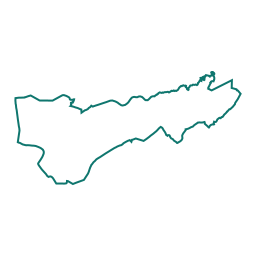 outline of Isidro Fabela, México, Mexico
{"feature_id": "50627088B86808521330602", "entity_name": "Isidro Fabela", "entity_type": "district", "adm_level": 2, "iso_a3": "MEX", "parent_name": "Mexico", "parent_adm1": "México", "projection": "natural_earth1", "projection_center": [-99.413, 19.552], "detail": "fine", "context": "isolated", "style": "outline", "palette": "teal", "viewbox_px": 256, "rotation_deg": 0, "n_neighbors": 0, "source": "geoboundaries", "source_scale": "gbopen_adm2", "svg_char_len": 5706}
<svg xmlns="http://www.w3.org/2000/svg" viewBox="0 0 256 256"><path d="M236.8,89.7L236.5,89.3L231.7,88.0L231.9,80.2L211.6,90.4L208.4,88.8L208.7,88.5L208.3,87.6L209.7,85.0L209.9,84.5L209.9,84.3L210.8,83.0L210.4,82.6L210.8,82.2L211.0,81.9L211.0,81.7L211.3,81.5L211.9,81.2L212.3,81.2L212.6,81.1L212.9,81.1L213.1,81.3L213.4,81.3L213.4,81.1L213.9,80.6L214.0,80.2L214.0,79.7L214.3,79.2L214.3,78.7L214.3,77.7L214.2,77.4L214.0,76.6L213.5,75.7L213.5,75.4L213.8,74.7L214.2,74.3L214.3,73.8L214.3,73.5L214.1,73.2L213.9,73.3L213.6,72.8L213.1,72.2L212.8,72.0L211.8,72.0L211.2,72.4L211.3,72.8L211.4,73.0L211.6,73.1L211.7,73.3L211.9,73.4L212.0,73.7L211.9,74.5L211.7,75.0L211.4,75.4L211.5,75.6L210.3,75.7L209.8,76.6L208.8,75.9L208.2,75.6L205.9,75.1L205.4,75.7L205.7,76.0L204.9,77.0L204.8,76.2L203.1,76.9L203.6,77.9L204.6,77.7L204.4,79.9L204.1,80.1L203.4,79.7L202.6,78.8L201.6,77.8L200.7,77.9L200.9,78.4L201.7,79.6L200.8,79.5L201.1,80.9L199.8,80.5L198.7,82.5L198.1,82.8L197.8,84.2L197.5,84.7L196.9,85.1L196.4,84.8L196.1,84.6L195.8,84.5L195.6,84.5L195.1,84.8L194.7,84.9L193.2,84.7L192.9,84.7L192.7,84.9L192.3,85.3L192.0,85.4L191.4,85.4L190.8,85.4L190.4,85.5L190.1,85.8L189.5,87.0L188.6,87.8L188.4,88.5L188.6,89.6L188.4,89.9L188.2,90.0L187.9,89.7L187.3,89.4L187.0,89.1L187.0,88.2L185.7,87.0L185.6,86.6L186.1,86.1L186.1,85.9L185.6,85.6L184.4,85.7L183.7,85.6L183.3,85.3L183.0,85.4L181.9,86.1L181.7,86.1L181.3,85.9L181.0,86.0L180.6,86.5L180.2,86.7L179.2,87.7L178.0,89.8L177.1,90.4L176.9,90.5L176.5,90.9L175.6,90.7L175.2,90.9L174.7,90.7L174.4,91.0L173.7,90.8L173.5,90.6L173.1,90.9L172.5,91.0L172.3,90.9L171.9,91.0L171.5,90.8L170.6,91.4L170.6,91.5L169.2,92.4L168.8,92.4L168.6,92.1L167.9,91.8L165.9,92.2L165.4,92.1L164.5,92.2L163.1,92.8L162.7,92.5L162.1,92.7L161.6,92.9L159.7,92.4L158.7,93.0L158.4,93.4L158.1,93.5L157.9,94.0L157.3,94.3L156.9,94.7L156.5,94.6L156.1,95.1L155.2,95.6L154.6,96.3L154.4,96.3L154.2,96.2L152.2,96.4L151.8,96.6L151.1,96.9L149.3,98.8L147.7,100.2L147.2,100.1L145.9,100.2L145.3,100.0L144.7,99.5L142.9,97.7L142.4,97.3L141.9,96.9L141.6,96.9L141.2,96.7L140.3,96.4L139.9,96.4L138.9,96.5L138.5,96.6L137.6,97.1L137.2,97.2L136.0,97.2L134.4,96.9L133.4,97.0L132.1,97.5L131.6,97.9L130.3,99.5L128.3,102.4L127.1,103.5L125.2,104.9L124.3,105.1L122.7,105.5L122.0,105.4L121.2,105.2L118.4,103.3L117.9,102.8L116.3,101.9L114.7,101.2L113.9,101.0L112.4,100.5L111.0,100.6L110.1,100.7L106.0,102.2L105.0,102.5L97.5,105.0L95.2,105.7L94.5,106.0L93.9,106.1L92.8,106.6L91.3,105.7L90.3,107.0L88.7,108.0L87.8,109.1L86.0,110.0L84.9,110.3L81.5,112.7L81.3,109.5L79.8,109.0L77.6,108.0L75.4,107.4L73.5,106.7L70.6,106.0L71.3,105.4L71.0,104.5L71.2,104.2L71.0,103.9L71.3,103.5L71.1,102.8L71.9,102.7L72.3,102.2L72.8,102.5L73.2,101.9L74.0,99.9L74.1,99.3L73.7,99.3L73.1,99.6L72.3,99.8L71.0,99.8L70.4,99.7L69.9,99.4L69.7,98.5L69.3,97.6L68.7,97.2L67.5,96.5L67.0,96.3L66.6,96.0L65.7,95.7L63.9,95.1L63.1,95.1L62.7,95.2L62.3,95.3L52.6,100.6L39.6,100.5L30.7,95.5L28.5,96.1L25.7,97.1L24.7,97.3L24.6,97.5L23.0,97.6L18.7,97.7L15.5,98.1L15.4,100.9L15.5,101.7L15.6,103.3L15.7,104.1L15.9,104.7L16.2,107.8L16.7,110.2L17.1,113.5L17.4,115.7L17.9,119.6L18.9,126.5L19.3,128.3L19.5,130.6L17.8,142.2L18.6,142.6L19.3,142.7L20.1,143.0L22.6,144.4L25.3,145.1L26.3,145.3L26.6,145.2L28.1,145.2L29.6,145.3L32.0,145.6L33.9,145.7L35.8,146.0L38.4,147.0L40.4,147.9L40.9,148.2L42.9,149.7L43.1,150.2L43.6,151.1L43.7,151.3L43.8,152.8L43.6,153.8L42.6,156.3L42.2,157.1L40.8,159.4L38.5,162.8L38.2,163.4L38.1,163.7L38.2,164.1L38.8,165.3L41.4,168.9L42.3,170.0L46.1,174.2L47.2,175.9L48.5,176.9L49.2,176.6L49.7,176.6L50.2,176.4L50.8,176.5L51.5,176.8L51.9,177.1L52.9,178.1L53.3,178.7L55.4,182.1L55.8,182.8L56.3,183.5L60.9,183.5L64.3,183.6L66.0,183.4L66.3,183.3L66.6,183.0L67.0,181.7L67.0,181.0L67.9,181.1L72.9,184.0L76.2,182.7L83.9,179.9L88.0,173.6L88.8,171.7L89.6,169.2L90.2,167.5L91.3,165.2L91.4,164.8L91.9,164.4L93.5,162.2L95.1,160.8L96.2,159.5L97.9,158.3L98.3,158.2L99.1,157.6L99.9,157.2L105.5,153.5L114.6,147.9L115.6,147.5L117.3,146.5L120.0,145.4L120.8,145.3L121.1,145.2L121.6,144.8L122.2,144.6L123.1,143.7L123.4,143.3L125.8,141.9L127.7,140.9L128.4,140.6L129.1,140.4L129.8,140.1L130.8,141.2L131.4,141.8L132.0,139.8L132.7,139.7L134.0,139.2L135.8,138.5L143.6,140.9L146.4,139.0L149.7,136.5L150.3,135.9L153.3,133.7L154.7,132.5L156.2,131.3L157.4,130.1L159.0,128.3L160.7,126.9L161.6,127.4L162.3,127.9L163.1,129.2L163.6,130.2L164.5,131.4L165.2,132.5L166.0,134.3L166.1,134.8L167.5,135.8L168.1,135.1L169.2,135.2L169.5,135.4L169.8,135.9L170.0,136.6L170.2,136.9L170.5,137.5L171.1,138.3L171.7,138.6L172.7,139.1L173.1,139.4L173.8,140.5L176.4,142.2L176.9,142.9L177.2,143.0L177.9,142.7L178.4,142.3L179.2,141.9L179.7,141.6L180.6,141.0L181.4,140.2L181.7,139.9L182.3,138.7L182.4,138.0L182.2,136.0L182.2,135.6L182.4,135.0L182.9,134.0L183.2,133.4L185.7,130.1L185.6,129.3L187.9,128.8L189.7,128.0L190.6,127.4L192.1,126.8L192.7,126.7L194.3,125.1L196.8,123.4L197.1,123.2L197.8,122.6L198.5,122.6L199.1,122.4L200.4,122.5L202.4,122.5L204.5,122.0L204.8,122.9L204.8,123.8L207.3,126.0L208.1,126.8L208.3,127.1L208.8,127.5L209.0,127.5L209.1,127.3L209.7,126.2L210.0,125.7L210.7,125.1L211.0,124.9L212.5,124.4L213.4,124.4L213.8,124.5L214.1,124.3L213.8,123.5L213.7,123.0L214.1,121.7L214.8,122.0L215.1,122.0L215.8,121.9L216.2,121.6L216.7,120.9L217.1,120.0L217.3,119.5L217.6,119.2L217.8,119.1L218.8,118.2L219.2,118.0L219.8,117.8L220.3,118.2L220.6,118.2L221.6,117.1L221.9,117.0L222.0,117.1L222.4,117.0L222.7,116.8L223.0,116.5L223.4,115.7L223.8,115.4L223.9,115.0L224.5,114.3L225.3,113.7L226.6,112.3L226.9,111.7L227.2,111.7L229.4,109.2L230.2,109.2L233.3,106.3L233.5,105.8L234.9,104.3L235.1,103.2L235.4,102.6L237.8,99.1L240.6,93.8L237.9,90.6L236.8,90.3L236.7,90.0L236.8,89.7Z" fill="none" stroke="#0f766e" stroke-width="2"/></svg>